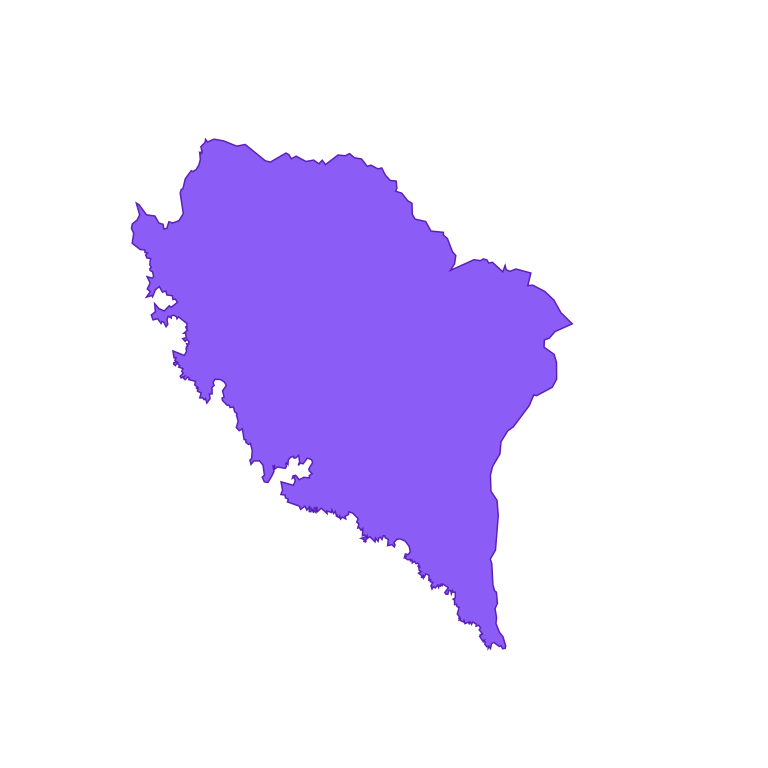 the district of Nossa Senhora Da Luz, São Domingos, Cabo Verde, rotated 161°
{"feature_id": "66160863B49789826079472", "entity_name": "Nossa Senhora Da Luz", "entity_type": "district", "adm_level": 2, "iso_a3": "CPV", "parent_name": "Cabo Verde", "parent_adm1": "São Domingos", "projection": "equal_earth", "projection_center": [-23.458, 15.031], "detail": "fine", "context": "isolated", "style": "filled", "palette": "violet", "viewbox_px": 768, "rotation_deg": 161, "n_neighbors": 0, "source": "geoboundaries", "source_scale": "gbopen_adm2", "svg_char_len": 6165}
<svg xmlns="http://www.w3.org/2000/svg" viewBox="0 0 768 768"><g transform="rotate(161 384 384)"><path d="M226.0,326.1L219.2,332.4L213.9,348.1L213.5,356.6L220.7,366.7L218.0,373.5L212.9,373.5L205.2,377.9L186.4,379.6L193.5,393.8L196.0,407.9L201.8,419.1L211.3,429.1L216.0,430.2L209.0,441.1L221.8,449.8L228.3,449.5L231.3,452.3L230.9,456.6L235.2,451.4L241.8,463.7L245.7,464.3L246.3,467.8L249.3,469.9L252.6,469.2L258.5,472.2L284.2,469.8L278.2,474.6L274.3,482.0L276.2,486.7L276.7,500.9L279.3,505.3L278.5,508.1L289.8,513.3L291.7,524.1L300.9,529.7L302.0,535.3L298.7,545.7L302.0,549.7L305.1,558.7L310.2,562.4L308.1,564.9L306.4,571.9L311.8,574.4L314.7,580.9L315.8,589.0L319.8,589.4L325.1,595.2L329.0,595.2L332.0,604.1L338.3,607.5L341.6,613.1L346.3,612.4L352.9,615.5L367.8,610.5L369.6,615.7L373.9,613.4L377.6,618.6L385.3,619.8L392.9,628.0L398.3,627.1L399.2,631.7L401.5,634.3L419.2,630.8L423.5,633.6L437.3,655.7L445.8,656.8L456.4,666.0L464.9,670.8L472.0,670.3L473.1,673.4L474.5,670.7L479.9,668.0L480.4,662.3L482.7,663.0L482.0,661.4L483.1,662.0L484.6,656.0L487.8,651.2L492.0,647.8L495.6,647.0L496.7,648.4L500.0,646.3L505.1,642.7L510.5,634.2L512.4,633.9L514.5,631.0L518.3,610.4L524.7,605.2L531.4,605.0L534.6,607.4L538.7,601.8L541.7,602.3L540.9,606.9L544.5,609.6L545.9,617.4L553.5,621.3L557.3,633.4L559.3,635.7L560.0,623.3L564.0,619.5L569.8,617.3L572.1,613.4L571.6,608.0L576.3,599.0L570.7,590.5L566.5,588.6L567.2,586.1L564.9,584.9L567.4,583.5L567.1,580.3L563.9,578.7L566.6,573.0L566.0,570.1L567.9,569.3L568.2,567.4L566.3,565.4L566.9,560.4L568.6,559.6L573.1,562.6L572.2,555.7L576.9,550.9L574.9,547.4L580.3,543.5L574.8,543.2L574.4,541.8L569.5,547.5L564.7,549.3L563.6,543.0L560.1,542.9L560.3,538.9L555.3,536.3L556.1,532.5L553.7,532.3L552.7,528.5L560.3,525.8L561.6,527.9L568.0,524.6L572.3,528.6L574.7,534.6L576.7,526.7L581.6,525.0L581.5,519.8L576.7,519.4L575.1,513.8L573.5,515.4L572.1,514.2L571.4,509.1L569.0,510.8L568.3,515.3L565.9,518.4L563.7,515.6L563.1,517.6L560.8,517.7L558.3,515.2L558.5,513.1L556.4,514.4L550.6,505.2L552.2,501.3L553.1,503.1L552.4,498.8L556.7,497.2L555.1,496.6L555.9,492.2L559.5,492.4L558.2,489.1L555.7,490.2L554.7,487.4L555.7,485.3L557.5,486.3L557.3,483.8L558.9,483.3L559.1,481.0L559.5,482.4L560.2,478.9L563.5,476.0L572.8,484.0L574.0,477.0L572.0,476.6L574.1,474.3L572.9,472.5L576.0,472.5L576.4,470.9L575.2,469.3L571.5,472.2L572.5,470.3L571.2,467.9L572.6,466.8L569.0,464.0L571.1,462.0L570.5,459.6L574.1,457.7L573.8,455.8L570.1,456.2L571.7,454.9L570.6,452.8L567.2,454.5L566.2,452.9L567.2,451.7L561.3,447.9L563.3,444.8L561.4,441.6L562.6,441.3L562.6,440.9L561.7,441.2L561.1,440.6L562.7,437.9L559.8,435.1L562.7,430.8L560.0,430.0L559.3,427.8L557.6,428.4L557.7,423.7L553.3,426.7L552.3,431.4L549.7,430.6L547.7,436.9L545.1,437.9L545.1,441.2L542.2,443.5L536.9,441.3L534.3,437.7L533.5,434.0L538.9,430.1L539.4,423.8L541.7,423.4L542.1,421.1L539.3,415.0L537.4,414.6L537.2,411.9L533.9,411.3L534.2,406.3L532.5,403.4L533.7,402.4L534.0,396.3L537.8,391.0L536.1,387.0L532.5,387.7L534.4,377.0L532.9,376.4L533.5,373.6L531.7,370.9L529.6,371.2L530.3,363.9L533.4,356.7L535.6,355.7L535.9,351.3L532.1,353.6L526.8,351.9L524.8,346.7L526.8,336.6L529.5,335.6L529.0,330.5L525.8,328.7L520.3,333.3L516.6,337.0L515.5,342.8L514.1,342.5L515.1,339.1L511.7,340.2L504.9,336.4L503.2,337.6L502.9,340.6L501.9,341.3L501.1,339.1L499.1,343.5L496.1,345.1L493.1,345.0L493.2,343.3L491.5,342.8L488.0,344.3L489.1,338.0L491.6,335.0L488.9,336.4L486.5,334.9L480.5,338.9L477.1,336.0L477.1,332.9L482.6,328.4L483.0,326.3L481.2,322.5L484.4,321.8L485.0,319.5L490.2,321.9L495.2,321.0L497.3,326.4L499.8,326.8L501.3,324.7L499.3,325.2L499.4,321.5L502.6,317.7L513.2,325.0L514.5,316.6L517.5,313.1L513.6,311.1L514.3,308.6L512.0,306.2L513.7,303.9L503.8,296.1L503.7,292.6L498.6,294.2L498.0,289.9L494.7,292.0L496.2,287.7L494.6,287.1L493.5,290.1L492.4,285.1L491.7,289.0L490.3,284.8L489.0,287.2L490.0,289.5L487.7,289.2L488.5,285.0L483.7,287.0L480.0,280.0L479.3,282.6L475.6,279.6L474.3,281.9L473.8,277.9L471.5,279.3L471.9,275.0L470.4,275.5L471.9,274.4L469.8,272.2L468.9,273.4L469.0,270.4L466.8,271.7L464.1,268.9L463.8,271.7L460.0,272.1L459.0,274.7L455.6,272.1L452.3,265.1L454.8,262.3L453.3,259.8L455.7,256.4L454.3,256.5L453.3,253.2L451.1,254.2L453.8,247.5L451.4,247.6L450.7,245.4L455.9,245.5L453.4,243.4L454.2,241.7L453.0,240.6L452.3,241.1L452.0,242.5L451.1,243.0L450.4,244.8L449.3,245.9L449.7,243.4L447.0,244.2L443.9,237.7L442.2,241.0L440.8,237.2L438.9,240.3L437.2,240.1L436.5,237.7L434.0,240.8L432.6,240.1L433.0,238.3L430.5,235.6L433.2,230.0L428.8,229.5L427.3,226.6L425.9,228.3L426.3,231.0L422.4,232.9L419.2,232.4L415.0,228.4L413.1,222.2L413.7,217.0L416.5,214.8L419.1,216.3L421.2,213.3L419.9,213.5L420.8,212.8L418.8,210.1L416.1,209.5L416.6,208.2L414.9,208.3L415.5,205.6L413.0,206.5L412.2,203.7L410.1,203.5L409.9,200.0L410.7,200.9L411.1,200.7L409.8,198.6L410.8,199.4L411.4,196.3L409.9,194.4L412.9,193.9L410.7,190.6L411.8,188.5L410.4,189.5L410.1,187.8L409.0,189.8L408.7,188.4L406.1,191.0L403.7,188.3L405.5,183.9L403.6,183.9L404.7,182.1L402.5,180.4L405.2,178.1L405.3,174.6L403.4,176.3L401.9,174.5L398.7,176.3L398.5,173.9L397.4,175.7L396.4,174.5L395.2,176.1L394.7,174.5L393.6,175.8L389.4,170.5L394.3,167.1L394.0,165.2L392.1,164.4L390.0,167.7L388.2,166.7L388.6,163.7L386.5,166.3L386.6,164.7L384.4,163.9L386.3,158.4L388.7,158.1L387.7,156.6L389.1,152.4L387.3,152.2L387.4,149.7L385.7,148.3L389.6,142.7L388.4,138.9L390.0,138.0L388.7,138.1L389.6,136.7L388.4,137.1L388.9,135.5L386.5,133.3L385.4,134.3L385.5,131.1L381.7,131.3L381.5,129.7L380.0,131.1L379.5,128.3L377.7,130.1L374.9,127.0L375.8,125.1L373.1,125.1L372.1,122.0L374.0,120.6L372.2,115.5L375.2,115.7L374.0,115.0L375.7,114.3L374.4,109.0L372.4,109.1L373.8,107.8L372.2,107.0L373.4,105.1L372.2,102.0L370.8,102.1L371.5,100.2L370.1,101.3L369.4,99.1L366.9,103.5L364.2,103.9L360.5,98.3L358.5,98.3L358.1,95.1L355.5,94.6L354.2,96.7L353.8,106.3L355.7,111.6L356.1,121.2L353.7,126.2L352.1,135.5L348.1,139.8L345.5,150.6L346.7,152.4L346.4,158.7L340.5,179.3L340.6,183.8L332.7,190.6L318.8,222.4L315.0,237.2L317.8,247.8L313.0,263.3L308.2,270.7L297.1,280.2L292.2,291.3L282.3,299.4L275.7,301.4L253.7,316.3L246.0,324.9L243.6,323.3L226.0,326.1Z" fill="#8b5cf6" stroke="#5b21b6" stroke-width="1.5"/></g></svg>